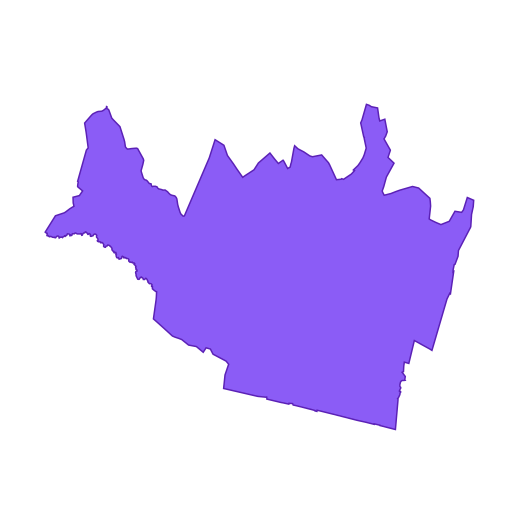 Lielplatones pag., Jelgava, Latvia (Natural Earth projection), rotated 95°
{"feature_id": "27541924B38186203198692", "entity_name": "Lielplatones pag.", "entity_type": "district", "adm_level": 2, "iso_a3": "LVA", "parent_name": "Latvia", "parent_adm1": "Jelgava", "projection": "natural_earth1", "projection_center": [23.633, 56.444], "detail": "fine", "context": "isolated", "style": "filled", "palette": "violet", "viewbox_px": 512, "rotation_deg": 95, "n_neighbors": 0, "source": "geoboundaries", "source_scale": "gbopen_adm2", "svg_char_len": 6101}
<svg xmlns="http://www.w3.org/2000/svg" viewBox="0 0 512 512"><g transform="rotate(95 256 256)"><path d="M250.6,468.1L251.2,467.2L251.5,466.6L251.8,466.4L251.7,466.0L253.2,465.9L253.7,466.1L253.9,466.0L254.1,465.7L253.9,465.4L253.8,464.8L254.4,464.2L254.4,463.9L254.8,463.6L254.8,463.0L254.4,462.4L254.5,461.5L255.0,460.6L255.1,459.4L254.9,458.3L255.3,458.0L255.3,457.2L253.9,456.4L253.8,456.0L253.4,455.6L253.4,454.5L253.6,454.3L254.2,454.1L254.6,453.8L255.2,453.6L254.7,453.0L254.3,452.9L254.3,452.2L254.3,451.7L254.1,451.5L254.1,451.0L254.5,450.3L253.8,450.0L253.7,449.7L253.2,448.8L252.5,448.5L252.4,447.9L252.9,447.6L252.5,447.2L252.1,447.0L252.1,446.7L251.5,446.1L250.6,446.0L250.3,445.7L250.4,444.2L250.6,443.8L251.7,443.3L251.1,442.9L251.1,442.7L251.9,442.3L251.5,441.3L249.9,440.9L249.7,440.5L249.8,439.1L248.9,438.2L248.9,437.5L249.6,436.0L249.5,435.3L249.3,433.0L248.9,432.6L249.0,431.9L249.2,431.7L249.8,431.8L250.6,431.4L250.5,431.0L249.8,430.6L249.0,430.5L248.3,429.9L248.0,429.5L248.0,428.9L247.6,428.4L246.9,428.2L246.8,427.8L247.1,427.2L247.8,426.5L248.1,425.9L248.7,425.7L249.0,425.5L248.7,425.0L248.9,424.6L248.2,424.2L248.3,423.6L249.0,422.9L249.6,422.7L250.3,422.9L250.8,422.5L250.7,421.5L250.3,421.0L250.1,420.2L248.6,419.4L248.1,418.3L248.3,417.5L249.2,416.5L249.5,416.4L249.9,416.6L251.1,416.5L252.4,415.2L253.5,414.8L254.2,414.9L254.7,415.4L255.2,415.0L255.5,414.2L255.2,414.0L255.5,412.9L255.7,412.6L255.6,412.1L256.3,412.0L256.4,411.8L256.3,411.0L256.0,410.5L256.3,409.9L258.0,408.6L259.5,408.7L260.1,408.2L260.5,407.1L260.4,406.7L259.3,406.3L259.0,405.2L258.0,404.6L258.1,403.5L258.4,402.8L258.9,402.4L258.9,402.0L260.8,400.2L262.5,400.0L263.3,399.0L263.9,398.7L264.1,398.4L264.0,397.9L264.7,397.9L265.2,397.5L265.1,396.9L264.9,396.7L265.0,396.3L264.7,396.0L265.5,395.5L266.4,395.8L266.8,395.6L267.0,395.2L267.7,395.4L268.5,395.2L269.7,394.6L270.0,393.9L269.6,393.0L271.1,392.1L270.3,390.0L269.5,389.6L268.4,389.6L267.9,389.2L268.5,387.7L269.2,387.7L269.4,387.4L269.0,386.5L269.3,386.1L269.0,385.7L269.2,385.3L269.7,384.9L269.9,384.4L269.7,384.0L269.8,383.3L270.1,382.7L270.8,382.3L271.8,382.4L272.4,382.1L273.1,381.1L272.9,380.8L273.3,379.8L272.9,378.9L273.6,378.4L273.5,377.3L273.6,376.7L274.0,376.3L274.4,376.8L274.9,376.8L275.5,376.1L275.6,375.7L276.7,374.7L277.2,375.0L277.9,374.9L278.7,374.3L279.4,374.6L280.2,373.8L280.4,373.3L281.4,373.2L281.9,374.3L283.1,374.5L284.7,373.9L286.2,373.7L289.4,371.8L289.5,370.8L289.4,370.4L287.8,369.5L287.3,369.1L287.4,368.6L287.0,368.2L288.2,366.5L289.2,366.2L289.2,365.6L289.1,364.9L288.0,364.1L287.8,363.8L288.3,363.0L289.2,362.3L290.0,361.9L290.5,361.4L291.2,361.5L292.8,359.9L292.9,359.6L292.7,359.1L292.9,357.9L293.5,357.2L293.9,357.0L294.6,357.2L294.9,357.5L295.3,357.4L295.6,357.0L295.6,356.5L297.3,356.4L297.9,356.2L298.1,355.6L298.6,355.2L300.1,352.8L300.3,351.9L305.8,351.7L308.3,351.7L327.6,352.7L334.0,344.1L343.0,332.3L343.9,329.6L344.8,325.8L345.7,322.7L350.6,315.4L351.4,307.5L356.5,300.2L351.8,297.7L352.6,293.7L352.7,293.3L357.5,290.3L357.8,289.7L363.3,276.7L366.2,273.8L377.2,276.5L390.8,276.7L395.7,242.0L395.8,233.5L395.6,233.1L397.1,232.7L397.6,232.7L399.8,218.0L399.9,216.5L400.7,210.4L399.9,210.3L399.8,206.7L401.2,206.0L401.6,202.9L404.3,186.3L404.8,183.7L405.2,183.7L405.5,181.8L404.3,181.7L406.8,165.8L410.9,140.8L412.0,132.3L413.4,123.6L412.9,123.6L413.8,117.7L414.1,117.7L416.7,102.0L387.2,102.0L386.1,102.1L385.7,102.5L384.9,101.8L381.6,100.6L380.1,100.6L379.3,100.1L378.8,100.0L378.5,100.1L378.1,100.8L378.3,101.3L378.0,101.4L376.5,101.0L375.0,100.3L374.6,100.3L374.0,100.6L373.7,101.1L373.4,101.3L371.7,101.5L369.2,101.1L368.7,100.9L367.9,100.4L367.5,99.9L367.2,99.1L367.1,97.8L366.8,96.6L366.3,97.0L363.0,96.8L359.1,100.3L358.3,99.0L352.7,99.2L348.8,99.0L349.7,94.4L326.4,90.9L333.5,74.8L334.7,72.5L282.2,62.0L276.2,59.7L276.7,59.0L254.3,57.7L254.8,58.3L252.3,58.4L247.3,57.8L246.9,57.0L238.6,54.7L232.9,54.8L208.8,44.8L207.9,44.6L195.8,44.9L187.9,43.9L181.5,44.0L179.3,50.6L192.1,53.4L194.6,55.0L194.1,61.7L204.6,66.5L208.6,74.5L206.8,80.0L204.9,85.0L204.0,86.7L191.1,86.4L186.6,87.1L183.4,87.8L174.1,99.9L173.1,106.1L177.9,118.5L179.6,122.2L182.0,127.0L184.3,133.6L181.1,135.6L180.1,135.9L175.8,134.8L166.0,133.0L151.5,126.6L146.3,133.1L139.1,131.4L138.8,131.4L128.2,138.7L125.3,137.3L120.8,136.1L108.5,139.6L110.7,144.5L107.4,145.6L97.9,147.8L97.2,154.1L96.0,156.4L95.3,159.2L111.3,162.3L114.3,163.3L128.1,159.0L128.4,158.4L129.3,158.5L138.9,155.6L145.7,157.0L148.9,158.0L153.9,160.5L157.0,162.3L161.8,166.5L162.4,165.3L166.1,168.2L172.0,175.5L171.5,177.4L172.1,177.9L173.0,182.5L157.9,191.1L157.8,191.4L156.9,191.8L149.6,199.4L152.2,208.4L151.7,210.7L151.5,211.3L148.1,217.5L145.6,223.5L142.8,227.1L145.5,227.6L159.6,228.9L161.2,229.3L164.4,229.7L166.1,232.1L160.3,235.8L158.4,237.1L158.2,237.4L161.9,241.8L157.9,245.8L152.2,251.1L163.1,261.7L170.3,265.5L177.0,274.0L178.8,276.1L171.1,282.6L166.2,286.5L158.4,293.2L148.5,297.6L143.7,306.9L162.3,311.1L222.2,330.8L222.4,331.0L222.7,332.0L220.7,334.5L219.2,335.4L214.0,337.6L211.5,338.5L206.1,339.8L204.8,340.5L203.6,341.6L203.2,342.3L202.8,345.2L202.3,346.7L201.1,348.3L199.7,349.7L198.8,351.3L198.5,351.7L198.2,352.3L198.5,354.6L198.1,355.5L197.6,358.8L197.1,359.6L195.7,360.7L195.3,362.5L195.5,364.3L195.9,365.3L195.8,365.6L194.9,366.3L193.2,366.9L193.1,368.6L190.7,370.9L190.0,371.9L189.8,373.2L189.0,374.4L187.9,375.2L182.1,377.6L181.0,377.9L174.6,376.7L170.5,376.2L169.0,376.8L159.3,383.3L159.0,384.5L159.3,386.4L159.9,389.8L160.4,391.7L160.7,393.5L159.0,395.4L158.3,395.7L153.7,396.8L151.2,397.7L139.0,402.8L132.7,410.1L131.2,411.7L123.9,415.1L122.9,415.7L122.6,416.3L122.2,417.4L120.4,417.4L120.2,417.9L122.1,418.0L122.1,418.5L124.2,420.7L125.2,422.3L125.8,425.9L126.5,427.4L128.5,430.7L129.4,431.6L131.2,433.0L138.5,438.3L148.0,435.9L162.9,432.6L165.3,434.2L197.2,440.2L197.8,439.5L199.4,439.7L201.4,439.8L202.2,439.8L202.7,439.5L206.3,434.4L211.2,437.2L213.4,443.4L219.3,442.7L219.6,442.5L222.4,441.7L223.3,443.1L225.1,445.5L229.0,449.8L229.8,451.0L233.4,459.3L250.6,468.1Z" fill="#8b5cf6" stroke="#5b21b6" stroke-width="1.5"/></g></svg>